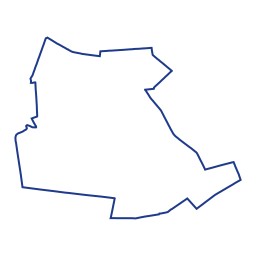 Ciorasti, Vrancea, Romania (Robinson projection)
{"feature_id": "2599482B91845837840053", "entity_name": "Ciorasti", "entity_type": "district", "adm_level": 2, "iso_a3": "ROU", "parent_name": "Romania", "parent_adm1": "Vrancea", "projection": "robinson", "projection_center": [27.335, 45.426], "detail": "fine", "context": "isolated", "style": "outline", "palette": "blue", "viewbox_px": 256, "rotation_deg": 0, "n_neighbors": 0, "source": "geoboundaries", "source_scale": "gbopen_adm2", "svg_char_len": 3975}
<svg xmlns="http://www.w3.org/2000/svg" viewBox="0 0 256 256"><path d="M100.4,51.3L100.3,51.9L100.1,53.8L99.8,56.2L91.9,55.2L82.2,53.9L80.6,53.5L76.4,52.7L75.8,52.6L75.2,52.5L73.5,52.1L72.4,51.9L72.2,51.8L71.7,51.5L70.9,51.2L70.6,51.0L69.9,50.6L69.5,50.4L69.0,50.1L68.6,49.9L68.4,49.8L68.2,49.7L68.0,49.4L67.8,49.4L67.6,49.3L67.3,49.2L67.1,49.1L66.8,49.0L66.4,48.7L66.0,48.5L65.5,48.1L64.9,47.8L64.2,47.4L63.5,47.1L62.2,46.3L61.5,45.9L61.1,45.7L60.5,45.4L59.9,45.0L59.3,44.7L58.4,44.2L57.7,43.9L57.3,43.7L52.5,40.7L50.4,39.4L48.2,38.1L47.8,37.9L47.4,37.6L47.1,37.8L46.5,38.1L45.8,38.3L45.4,39.4L44.6,41.6L44.0,43.4L43.5,44.9L42.9,46.4L42.4,47.8L41.6,50.1L40.8,52.3L39.9,54.8L39.1,57.1L38.5,58.6L38.0,60.0L37.4,61.8L36.5,64.4L35.7,66.3L34.8,68.9L34.5,69.9L34.0,71.1L33.1,73.7L32.6,75.1L32.3,75.7L31.0,77.7L30.5,78.7L30.5,78.9L30.7,79.6L30.9,80.2L31.0,80.7L31.0,81.3L31.0,82.1L30.9,82.9L32.3,82.9L32.5,82.9L34.2,82.5L35.1,82.3L35.3,82.4L35.3,82.5L35.4,83.0L35.7,89.4L35.8,90.7L36.2,95.9L36.4,99.3L36.5,101.2L36.8,105.9L36.8,106.1L36.9,109.7L37.0,111.4L37.2,116.0L37.2,116.3L37.1,116.5L34.9,117.3L34.3,117.5L33.7,117.7L33.4,117.8L32.2,118.3L31.7,118.5L33.7,122.5L36.1,126.5L36.1,127.3L35.2,127.4L33.8,127.3L33.2,127.3L32.7,127.3L32.3,127.2L31.9,127.1L31.4,126.8L30.5,126.3L30.0,126.0L29.6,125.9L29.4,125.9L28.6,125.5L27.7,125.3L27.4,125.1L27.2,125.1L26.9,125.3L26.5,125.6L26.2,125.9L26.2,126.3L26.3,126.6L26.5,127.1L26.7,127.8L26.8,128.2L26.8,128.5L26.6,128.8L26.2,129.4L25.7,129.7L25.0,130.1L24.6,130.3L23.4,131.1L22.6,131.6L21.9,131.9L21.0,132.3L20.2,132.6L18.8,133.1L18.1,133.4L16.5,134.6L16.0,135.3L15.8,136.0L15.4,137.7L15.5,139.2L15.6,140.9L16.1,143.3L17.3,151.7L20.8,174.6L22.5,187.2L41.0,189.6L55.1,191.3L65.7,192.7L67.3,192.8L68.2,192.9L85.9,195.0L101.2,196.6L111.9,197.9L113.2,198.1L114.4,198.2L114.6,198.2L114.7,198.3L114.4,200.0L114.0,202.0L113.0,206.9L112.7,208.4L111.2,215.7L111.0,216.6L110.8,217.5L110.8,217.8L110.7,218.1L110.8,218.1L111.3,218.1L111.8,218.1L113.4,218.1L117.4,218.2L122.6,218.2L132.0,218.2L135.6,218.4L136.6,218.2L141.5,217.2L145.2,216.5L148.1,216.1L158.0,214.5L158.9,214.4L159.3,213.6L159.6,213.5L159.9,213.5L160.9,213.5L165.5,212.6L167.6,212.1L167.9,212.0L168.2,211.7L171.0,209.4L171.5,209.3L187.3,198.5L189.0,200.4L196.6,208.8L214.9,195.0L217.2,193.6L223.9,189.7L226.9,187.9L232.6,184.6L235.3,182.9L240.6,179.9L240.5,179.4L240.3,178.9L239.3,176.1L238.8,174.4L238.7,174.2L237.4,171.3L235.4,166.6L234.4,164.0L234.0,163.1L233.6,162.1L232.1,162.4L230.9,162.7L229.8,163.0L225.5,164.1L220.9,165.3L219.0,165.8L212.2,167.7L209.5,168.4L206.5,169.2L205.1,169.6L204.9,169.2L204.5,168.2L203.0,165.1L202.0,163.1L201.4,161.9L201.2,161.6L200.8,160.8L199.8,158.8L197.9,155.0L197.5,154.3L197.0,153.3L196.3,152.4L195.3,151.6L193.3,150.0L191.2,148.3L189.5,147.1L185.5,144.1L179.8,139.8L178.7,138.8L178.4,138.6L177.8,138.1L175.8,136.5L175.3,136.1L173.6,134.2L172.6,132.6L171.7,130.9L170.4,128.6L169.4,126.6L168.9,125.7L168.0,124.0L166.9,121.8L165.8,119.8L165.0,118.2L164.7,117.7L161.7,111.8L161.0,110.5L160.5,109.9L159.8,109.0L154.3,102.5L152.6,100.4L152.1,99.9L151.8,99.6L151.5,99.3L151.0,98.5L150.6,98.1L150.2,97.6L148.7,95.1L146.6,91.9L146.2,91.3L145.8,90.6L145.2,90.0L145.1,89.8L145.1,89.7L145.9,89.6L146.2,89.6L149.2,89.3L151.1,89.1L153.0,88.9L153.8,88.8L153.9,88.4L154.0,87.6L154.5,87.1L155.0,86.5L156.4,85.3L156.8,84.9L157.1,84.7L158.0,83.8L159.1,82.8L160.4,81.6L161.4,80.6L162.1,79.9L163.0,79.1L163.6,78.6L164.4,77.8L165.5,76.7L167.6,74.8L170.4,72.1L171.7,71.0L171.8,70.9L171.7,70.7L171.1,70.3L170.2,69.5L161.3,62.1L161.1,62.0L160.1,61.2L159.6,60.7L158.4,59.7L157.8,59.3L155.9,57.7L154.5,56.5L153.3,55.5L152.7,54.9L152.1,51.7L152.0,51.2L151.8,49.7L151.6,47.9L150.6,47.9L148.5,48.1L145.7,48.3L142.2,48.5L140.0,48.7L138.3,48.8L135.4,48.9L132.3,49.2L129.0,49.4L125.2,49.7L122.3,49.9L113.1,50.5L110.4,50.7L110.1,50.7L109.9,50.6L109.1,50.7L108.0,50.8L107.8,50.8L107.0,50.9L105.3,51.0L100.6,51.3L100.4,51.3Z" fill="none" stroke="#1e3a8a" stroke-width="2"/></svg>